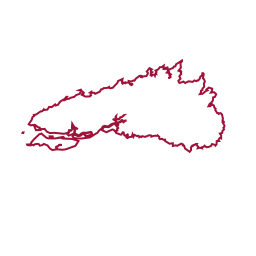 Pathein, Ayeyarwady, Myanmar, rotated 56°
{"feature_id": "60261553B36650423786052", "entity_name": "Pathein", "entity_type": "district", "adm_level": 2, "iso_a3": "MMR", "parent_name": "Myanmar", "parent_adm1": "Ayeyarwady", "projection": "orthographic", "projection_center": [94.599, 16.703], "detail": "fine", "context": "isolated", "style": "outline", "palette": "rose", "viewbox_px": 256, "rotation_deg": 56, "n_neighbors": 0, "source": "geoboundaries", "source_scale": "gbopen_adm2", "svg_char_len": 5796}
<svg xmlns="http://www.w3.org/2000/svg" viewBox="0 0 256 256"><g transform="rotate(56 128 128)"><path d="M124.7,35.0L124.2,35.7L125.8,37.2L125.9,39.3L127.3,41.1L127.9,43.2L127.3,43.9L127.5,45.0L125.7,46.4L125.9,48.6L123.2,51.6L122.7,55.4L120.5,56.1L119.6,59.9L118.8,60.3L117.0,59.8L116.5,56.9L113.8,56.5L112.9,53.6L111.8,53.4L111.3,52.4L110.3,52.3L109.9,53.4L108.8,54.1L107.5,50.4L103.5,48.2L102.9,45.8L102.2,45.5L102.1,52.6L103.4,54.3L102.7,55.6L103.4,56.9L102.6,60.9L103.2,62.4L106.0,63.1L107.6,62.5L107.8,63.9L109.3,64.0L109.7,64.5L109.4,65.9L110.1,66.5L109.2,65.9L109.3,64.3L107.3,64.1L107.4,62.8L104.7,63.8L103.8,64.8L103.1,62.6L100.9,62.7L100.6,61.6L99.9,61.4L99.2,63.1L99.9,64.4L98.9,65.6L96.3,63.4L96.4,66.0L95.4,67.7L96.3,70.1L95.8,73.1L97.5,73.0L97.8,73.9L99.0,74.3L98.4,74.8L99.8,76.5L98.4,76.4L97.5,78.1L98.0,79.2L97.2,79.6L96.9,77.6L96.6,78.8L95.9,79.0L95.2,78.4L95.2,76.7L94.0,77.4L92.7,76.7L92.7,75.5L90.4,76.7L91.7,80.9L93.1,80.6L94.1,81.2L95.2,83.7L93.8,86.6L92.1,87.9L93.4,87.6L94.3,88.8L93.4,87.8L92.9,88.8L91.8,88.3L91.3,89.1L91.4,93.8L92.4,96.2L91.6,96.9L91.2,99.5L89.5,101.1L91.7,101.9L92.9,101.5L94.2,99.0L93.9,100.4L95.1,101.7L93.8,100.9L93.1,101.8L90.6,101.9L89.2,104.7L89.7,105.9L88.6,105.0L88.2,106.0L86.6,107.2L88.3,107.6L88.2,108.5L87.8,107.5L86.5,107.3L84.3,105.1L83.5,110.0L84.7,111.6L86.1,118.2L85.1,120.6L84.0,121.3L83.4,120.8L83.1,122.9L81.3,126.0L81.6,127.3L80.9,128.7L82.1,130.9L81.3,136.1L80.1,136.2L78.5,138.4L77.5,138.0L77.5,139.5L78.1,138.9L79.5,140.5L80.2,140.4L80.5,142.0L78.0,145.9L76.3,146.8L74.4,146.8L75.0,148.6L74.1,147.1L74.9,146.0L74.0,144.9L71.1,145.8L72.6,149.2L71.7,152.5L72.1,155.3L70.8,158.8L70.8,160.5L69.7,162.6L69.5,165.3L70.1,165.6L68.4,165.3L68.2,169.4L69.6,173.2L68.8,175.5L67.7,175.3L68.0,179.5L66.4,181.6L67.7,184.5L66.4,187.1L65.4,187.3L66.2,189.6L65.4,191.1L65.4,197.1L64.5,198.7L65.5,199.0L65.6,201.1L67.4,203.3L69.3,208.2L71.2,207.4L73.3,203.4L76.8,202.2L78.4,201.0L79.9,201.3L82.2,197.6L85.7,197.3L88.5,195.6L90.8,191.8L97.0,184.3L98.5,180.1L96.8,178.1L98.1,176.4L97.2,174.4L96.2,174.2L93.2,171.8L98.0,172.0L98.9,170.9L100.9,170.3L99.0,171.4L99.0,172.1L102.8,175.3L106.9,172.7L106.4,170.4L106.8,167.7L108.4,165.7L110.4,161.1L111.0,160.7L111.9,160.8L114.4,162.0L114.9,155.8L114.0,153.7L113.6,149.7L112.7,148.2L113.0,146.4L115.7,143.5L115.5,139.6L116.7,135.7L116.4,134.4L115.6,134.1L112.0,135.7L113.7,134.5L114.2,132.2L113.9,132.2L113.4,133.0L113.0,133.1L111.6,131.7L111.5,131.2L113.2,133.0L113.8,132.2L115.7,130.6L114.8,128.5L115.4,126.6L115.0,124.4L115.2,124.0L115.5,126.7L115.0,128.7L115.9,130.1L115.8,130.8L114.7,131.7L113.9,134.3L116.0,133.7L117.9,136.0L120.0,135.5L119.8,134.8L117.9,133.8L118.4,130.8L118.0,128.5L118.7,128.1L120.2,128.4L120.2,126.1L121.0,125.1L120.5,126.3L120.7,128.6L118.3,128.7L119.0,130.6L118.2,133.5L120.0,134.3L120.8,136.1L122.5,136.1L122.8,137.4L124.1,138.2L123.9,140.3L125.4,140.6L129.3,137.9L129.8,137.1L128.6,134.9L129.2,134.1L131.8,135.1L132.9,134.7L133.1,131.9L133.8,132.0L134.9,134.5L136.0,134.1L136.2,132.0L137.4,129.8L135.7,127.7L138.3,128.3L137.3,126.5L139.9,125.0L140.1,123.9L141.1,123.4L142.0,123.8L142.3,122.1L143.0,121.8L142.8,120.7L144.9,118.8L145.9,114.4L147.2,113.0L148.2,113.5L149.0,110.8L150.8,108.2L150.6,107.6L152.8,107.0L154.1,107.9L155.1,107.8L156.1,105.7L157.6,105.2L158.4,103.8L159.6,104.5L164.3,102.3L165.7,99.4L168.0,100.9L169.0,98.2L170.2,97.3L170.8,92.5L172.6,91.5L173.2,92.3L174.3,91.4L176.9,92.2L182.2,90.2L181.6,88.1L179.4,86.7L178.5,84.8L178.7,83.8L179.1,84.2L179.2,80.6L179.8,79.8L180.3,80.7L182.8,80.3L183.8,81.5L184.3,79.8L186.3,77.9L185.3,77.5L185.9,75.6L185.5,74.4L187.8,73.7L188.8,71.7L189.3,69.4L188.3,67.3L190.8,65.2L191.5,65.3L191.1,63.8L188.5,61.8L189.7,59.8L188.6,59.8L188.0,58.8L187.6,57.2L188.7,56.6L186.3,54.9L184.0,54.9L184.8,52.7L183.1,51.1L182.9,49.2L181.1,48.7L181.0,47.7L180.0,46.7L176.4,46.4L176.9,45.4L176.6,45.1L174.5,45.4L173.4,44.1L169.3,42.5L167.5,42.9L167.0,44.9L166.3,44.6L165.4,45.7L161.8,45.6L160.9,44.5L159.4,45.0L157.4,44.2L155.5,45.4L155.9,47.5L155.0,49.1L153.7,46.8L153.6,45.9L154.4,44.9L153.5,44.6L152.7,42.3L150.2,40.3L150.8,38.5L149.3,36.0L146.5,36.6L145.0,39.5L144.1,37.5L142.5,36.2L139.7,38.4L139.9,41.3L141.3,41.0L140.9,42.7L141.3,47.0L140.1,49.4L139.3,47.6L137.9,46.6L138.1,45.0L137.0,44.2L136.4,41.8L133.6,40.2L132.5,38.3L130.1,37.7L128.7,38.1L125.7,35.1L124.7,35.0ZM110.9,191.5L113.4,181.5L111.1,176.3L105.9,180.3L100.4,187.8L98.2,189.5L95.6,194.8L92.1,199.8L90.5,201.1L84.2,202.9L83.6,205.2L84.8,212.3L85.9,216.3L87.2,217.6L85.3,220.9L85.9,221.0L87.8,218.7L88.7,216.2L89.5,215.9L89.5,214.0L90.6,211.8L91.5,211.0L93.3,211.0L94.3,208.5L94.1,206.7L97.6,204.4L101.3,204.2L104.0,203.0L105.8,199.0L103.5,198.4L103.4,197.7L103.9,196.3L103.4,194.5L105.0,192.2L103.7,195.0L104.0,196.4L103.7,197.8L106.0,198.7L109.4,194.5L110.9,191.5ZM121.3,136.3L117.3,136.7L116.6,137.4L116.6,143.3L114.0,146.9L114.0,148.5L115.5,150.6L119.4,148.3L120.5,141.8L121.5,140.9L123.4,140.6L123.8,138.3L122.5,137.4L122.4,136.3L121.3,136.3ZM110.6,172.6L114.5,164.9L114.6,162.4L113.3,163.6L111.4,167.6L107.4,168.2L107.9,171.1L107.6,172.4L106.5,174.2L103.3,176.4L103.9,178.6L105.7,178.5L107.3,177.2L110.6,172.6ZM101.1,181.4L102.4,176.3L100.5,173.9L98.1,172.3L97.8,174.4L98.4,176.7L97.4,178.4L98.7,179.2L99.3,181.8L101.1,181.4ZM111.5,166.8L112.7,163.3L113.7,162.3L111.1,160.9L108.3,166.7L110.6,167.3L111.5,166.8ZM78.8,201.3L73.2,203.9L73.2,204.5L78.4,205.5L80.6,201.7L78.8,201.3ZM97.4,174.1L97.4,172.0L95.1,172.6L96.6,174.1L97.4,174.1ZM100.6,186.4L99.2,186.6L98.3,188.6L99.8,187.6L100.6,186.4ZM92.0,198.0L92.7,195.9L93.4,194.4L91.1,197.6L92.0,198.0ZM69.4,147.4L70.3,146.5L70.1,144.8L69.4,147.4ZM68.0,162.7L68.3,162.1L68.0,161.2L67.7,161.6L68.0,162.7ZM73.1,218.2L73.6,217.6L73.2,217.1L72.8,217.7L73.1,218.2Z" fill="none" stroke="#9f1239" stroke-width="2"/></g></svg>